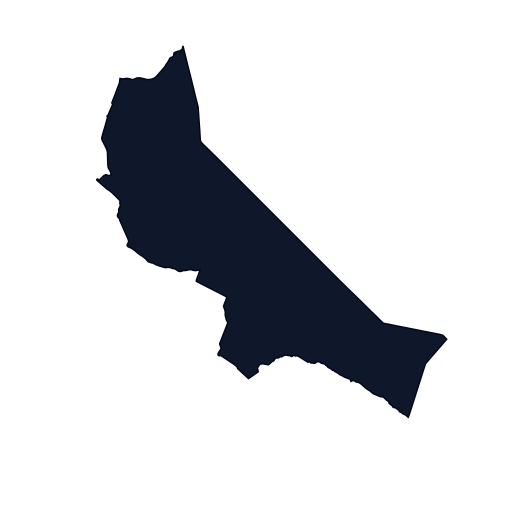 an SVG outline of North-Eastern, rotated 315°
{"feature_id": "KEN-893", "entity_name": "North-Eastern", "entity_type": "Province", "adm_level": 1, "iso_a3": "KEN", "parent_name": "Kenya", "parent_adm1": "", "projection": "natural_earth1", "projection_center": [39.831, 1.103], "detail": "fine", "context": "isolated", "style": "filled", "palette": "ink", "viewbox_px": 512, "rotation_deg": 315, "n_neighbors": 0, "source": "natural_earth", "source_scale": "10m", "svg_char_len": 5230}
<svg xmlns="http://www.w3.org/2000/svg" viewBox="0 0 512 512"><g transform="rotate(315 256 256)"><path d="M285.4,34.3L286.8,36.4L290.4,39.2L291.9,41.2L292.9,43.3L293.5,44.0L294.6,44.7L297.5,45.8L298.4,46.5L300.0,48.1L303.9,54.4L306.6,56.8L309.5,58.2L312.6,58.6L318.8,58.2L325.5,57.7L328.5,56.8L330.1,56.7L334.9,55.3L335.9,55.4L337.5,56.1L338.4,56.3L339.2,56.1L341.8,54.4L344.6,55.5L347.3,57.1L350.0,57.7L352.9,55.8L347.9,64.1L342.8,72.5L337.8,80.9L332.8,89.2L329.7,94.4L326.5,99.5L323.4,104.7L320.3,109.9L315.4,115.5L310.4,121.2L305.5,126.9L300.5,132.5L298.5,134.9L297.6,136.8L297.6,140.5L297.7,149.5L297.8,158.9L297.8,164.1L297.8,171.5L297.8,178.9L297.8,186.3L297.8,193.7L297.8,202.5L297.8,211.2L297.8,219.9L297.8,228.6L297.8,237.3L297.8,246.0L297.8,247.2L297.8,254.7L297.8,263.4L297.8,272.1L297.8,280.8L297.8,289.5L297.8,298.2L297.8,306.9L297.8,315.7L297.8,324.4L297.8,333.1L297.9,338.8L297.9,343.5L298.0,348.2L298.1,355.8L298.2,363.3L298.2,370.9L298.3,378.4L298.4,383.4L298.4,388.3L298.5,393.6L300.0,395.9L301.6,398.1L303.1,400.4L304.6,402.7L307.6,407.2L310.7,411.8L314.0,416.8L316.8,420.9L319.7,425.3L322.8,429.9L325.9,434.5L328.9,439.0L331.2,442.5L331.9,444.0L332.1,445.3L332.0,449.7L299.9,452.0L299.5,452.1L252.9,476.2L249.6,477.7L249.4,476.4L249.4,475.9L249.6,475.2L249.3,474.2L248.5,472.1L247.8,468.3L247.3,467.3L247.5,467.1L247.9,466.5L248.1,466.3L247.8,465.4L247.3,462.1L247.0,461.6L246.4,460.8L246.1,460.1L246.0,459.6L246.4,458.8L246.4,458.3L246.0,455.2L246.1,454.0L246.2,453.7L246.5,453.5L246.7,453.1L246.9,452.5L246.4,450.6L246.3,446.2L245.9,445.1L245.0,444.2L244.5,443.4L242.0,437.4L241.7,436.8L241.5,436.0L241.1,431.5L240.5,429.1L240.1,426.4L239.8,420.5L239.1,417.8L237.8,416.0L237.5,414.5L236.9,413.1L235.8,412.1L234.5,411.9L234.9,410.7L235.3,410.1L235.7,409.6L234.9,408.6L232.7,403.6L232.3,401.6L232.0,400.5L231.2,399.0L231.2,397.6L231.2,397.1L230.3,394.0L230.0,393.3L230.2,392.8L230.3,392.4L230.4,391.3L230.0,391.3L229.5,391.4L229.3,390.7L229.1,388.5L228.4,386.2L228.2,385.2L228.7,384.2L228.2,383.6L228.1,382.4L228.2,381.4L228.1,380.9L226.3,377.8L226.2,376.5L225.9,375.6L225.3,374.8L224.6,374.2L223.6,373.7L222.0,373.6L221.3,373.2L221.1,372.8L219.6,370.7L219.2,370.6L219.2,369.6L219.0,368.8L218.5,368.2L217.8,368.0L217.4,367.0L215.1,357.0L214.3,355.3L213.2,354.6L213.1,354.4L212.4,353.1L212.2,352.7L211.7,352.5L210.8,352.6L210.1,352.3L209.4,350.3L209.1,349.7L208.3,349.1L207.7,347.9L206.9,347.1L206.0,346.5L205.2,346.0L203.0,345.5L202.7,345.3L202.5,345.0L202.2,344.6L201.7,344.3L199.9,344.0L199.2,343.4L198.7,342.8L197.7,342.2L196.4,342.1L195.3,342.5L194.1,342.6L193.0,342.0L187.9,341.8L184.7,337.2L184.0,336.5L183.7,336.4L183.5,336.0L183.2,335.7L182.7,335.5L180.8,335.5L178.9,335.9L178.0,336.3L177.3,336.7L176.9,337.5L176.5,338.4L176.0,339.1L175.3,339.4L164.0,337.4L163.4,323.0L163.5,322.5L164.0,321.5L164.1,321.0L164.2,320.5L164.0,317.9L160.8,301.7L160.7,301.5L160.5,301.3L159.4,300.4L159.2,300.1L159.1,299.8L159.1,299.4L159.4,298.9L159.6,298.7L159.8,298.5L160.9,297.9L161.1,297.8L161.5,297.7L165.2,297.1L165.5,297.0L165.7,296.8L166.0,296.6L166.2,296.4L167.0,294.9L167.8,293.0L167.9,292.7L168.1,292.5L168.4,292.3L168.8,292.1L188.8,283.3L189.1,283.0L189.2,282.7L189.4,281.7L189.5,281.1L190.2,279.6L191.9,276.8L192.7,275.7L194.1,274.5L194.7,273.8L195.5,272.7L197.4,268.8L197.6,268.6L197.8,268.4L204.9,265.2L205.6,264.8L206.1,264.3L206.2,263.8L206.1,263.3L196.1,232.4L196.0,231.7L196.3,231.2L197.0,230.8L206.4,226.4L206.5,226.2L206.4,226.1L206.2,225.9L205.1,225.3L204.9,225.1L204.7,224.9L204.3,224.4L204.0,224.2L203.4,224.0L203.1,223.8L202.9,223.6L201.5,221.8L201.2,221.2L201.1,220.9L201.0,220.6L200.6,220.0L200.2,219.5L199.8,219.0L196.1,216.6L195.7,216.2L194.8,215.3L194.6,215.1L193.7,214.6L192.3,214.0L192.0,213.8L191.7,213.6L190.9,212.6L190.7,212.4L190.6,212.1L190.4,211.8L189.8,208.6L189.3,207.3L188.9,206.8L188.3,206.0L188.1,205.7L188.0,205.4L187.5,204.1L186.8,203.0L186.6,202.7L185.7,201.8L183.8,200.2L183.4,199.7L180.9,195.3L179.0,191.2L178.2,188.3L177.9,187.7L177.5,187.2L177.3,187.0L177.1,186.8L176.9,186.5L176.6,185.4L176.4,185.1L176.3,184.8L175.9,184.3L175.8,183.6L175.8,182.5L176.0,180.3L175.9,178.6L175.8,178.2L175.5,175.7L175.4,175.3L175.1,174.6L174.4,170.4L174.2,166.5L173.4,162.2L172.5,160.2L172.2,159.1L172.0,158.7L172.0,158.4L172.2,158.2L172.2,157.7L172.4,157.3L173.1,156.9L176.3,155.7L177.5,153.6L185.0,134.2L185.4,133.9L185.7,133.6L185.8,132.2L185.8,131.2L185.9,130.7L186.1,130.2L186.5,129.6L186.8,129.2L187.2,129.0L187.7,128.7L189.3,128.2L189.9,128.0L190.2,127.8L190.4,127.6L191.3,126.4L191.7,126.0L192.3,125.7L195.4,124.6L195.9,124.2L196.2,123.8L196.9,122.6L197.2,122.2L198.5,121.2L198.7,120.9L198.9,120.3L199.0,119.2L199.0,109.9L198.6,106.0L198.0,103.6L197.1,90.7L197.1,89.6L197.5,89.3L198.3,89.4L198.6,90.1L198.0,91.4L205.5,91.6L207.4,92.4L207.9,93.2L208.2,94.1L208.7,95.0L209.6,95.8L211.6,95.6L212.6,93.8L213.9,89.2L215.5,87.0L219.4,82.8L224.1,77.8L225.3,76.1L226.3,73.9L228.0,68.8L229.1,65.2L230.4,63.4L235.5,60.5L240.7,57.7L246.5,54.4L249.3,52.8L249.5,52.4L249.5,52.0L249.5,51.7L250.1,51.8L250.3,51.9L250.5,52.0L250.6,51.9L256.7,49.5L261.5,47.6L261.8,47.2L262.2,46.1L262.5,45.7L270.3,42.3L276.6,39.4L281.6,37.2L285.4,34.3Z" fill="#0f172a" stroke="#020617" stroke-width="1.5"/></g></svg>